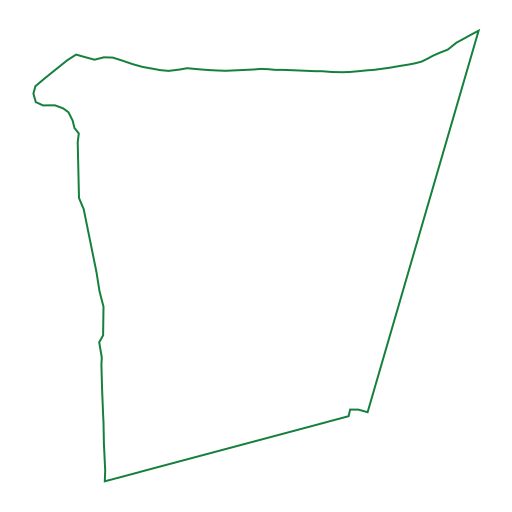 the district of Galinhos, Rio Grande do Norte, Brazil
{"feature_id": "56859067B90906077559258", "entity_name": "Galinhos", "entity_type": "district", "adm_level": 2, "iso_a3": "BRA", "parent_name": "Brazil", "parent_adm1": "Rio Grande do Norte", "projection": "mercator", "projection_center": [-36.221, -5.183], "detail": "fine", "context": "isolated", "style": "outline", "palette": "green", "viewbox_px": 512, "rotation_deg": 0, "n_neighbors": 0, "source": "geoboundaries", "source_scale": "gbopen_adm2", "svg_char_len": 1048}
<svg xmlns="http://www.w3.org/2000/svg" viewBox="0 0 512 512"><path d="M478.6,30.7L471.0,34.7L465.6,37.7L456.4,42.7L447.8,49.6L439.9,52.7L433.0,55.7L427.7,58.6L421.6,61.6L415.1,63.3L408.4,64.6L398.9,66.1L389.3,67.8L381.1,68.9L373.7,69.9L367.4,70.3L358.6,71.2L349.4,72.0L342.3,72.2L331.9,72.0L322.0,71.2L315.3,71.2L306.0,70.8L294.6,70.3L283.9,69.9L275.6,69.9L268.3,69.2L260.8,68.9L253.7,69.5L240.9,70.1L232.0,70.5L225.7,70.8L217.6,70.5L209.6,70.1L202.6,69.6L194.6,68.9L187.1,68.2L179.2,69.6L168.6,70.9L160.0,70.1L153.7,68.9L142.5,66.9L132.8,64.2L122.3,60.6L112.8,57.6L103.9,57.3L94.5,59.7L85.7,57.3L76.1,54.6L67.2,60.3L44.9,78.2L35.4,86.2L33.4,93.7L35.8,102.1L43.0,105.4L54.9,105.3L63.2,108.4L68.5,112.3L72.7,120.7L74.4,127.9L78.8,133.5L77.7,142.2L79.0,198.0L83.7,209.2L96.5,272.3L99.5,291.2L103.5,306.7L103.1,335.3L99.2,342.3L101.8,357.5L101.4,364.9L102.1,389.7L102.8,406.9L103.1,414.7L103.5,422.3L103.9,443.5L105.2,470.4L104.8,481.3L348.6,416.2L350.1,409.6L358.3,409.6L367.6,412.2L478.6,30.7Z" fill="none" stroke="#15803d" stroke-width="2"/></svg>